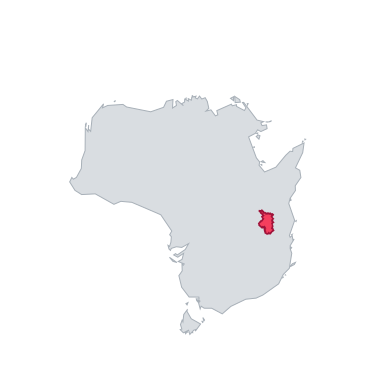 Barcaldine, Queensland, Australia (highlighted), rotated 40°
{"feature_id": "25037944B32668450975374", "entity_name": "Barcaldine", "entity_type": "district", "adm_level": 2, "iso_a3": "AUS", "parent_name": "Australia", "parent_adm1": "Queensland", "projection": "albers", "projection_center": [146.199, -23.052], "detail": "fine", "context": "in_parent", "style": "filled", "palette": "rose", "viewbox_px": 384, "rotation_deg": 40, "n_neighbors": 0, "source": "geoboundaries", "source_scale": "gbopen_adm2", "svg_char_len": 6719}
<svg xmlns="http://www.w3.org/2000/svg" viewBox="0 0 384 384"><g transform="rotate(40 192 192)"><path d="M251.5,90.7L255.7,107.0L260.6,106.1L266.1,110.9L267.1,120.9L270.3,124.4L271.2,133.8L273.5,138.6L288.9,147.8L294.6,162.8L296.3,163.6L296.7,161.0L300.0,163.8L300.5,162.4L301.7,170.0L303.6,172.3L307.8,174.8L315.6,187.9L314.9,196.4L317.4,206.7L312.5,225.4L309.3,232.1L302.1,239.6L295.3,254.6L293.5,265.9L281.8,268.4L276.0,273.2L272.4,273.6L273.4,276.3L267.7,272.3L268.5,271.4L268.2,270.4L267.1,270.4L265.3,272.1L263.9,271.1L266.2,269.4L264.8,268.1L257.3,274.3L245.3,271.6L235.7,264.5L235.2,258.7L230.6,253.6L232.4,253.7L232.3,252.1L226.1,254.1L227.7,250.0L225.0,244.4L223.0,251.1L218.4,252.0L219.0,249.8L221.2,249.6L223.8,240.4L222.6,233.7L219.8,241.0L215.2,244.0L212.4,248.5L213.0,250.6L211.1,250.5L207.9,248.3L209.8,248.1L208.1,244.0L204.9,239.5L202.4,239.1L201.6,234.9L182.7,229.5L152.5,238.6L143.5,244.9L140.1,251.6L119.1,255.6L109.1,264.9L101.4,266.0L91.8,262.9L90.6,258.1L92.9,258.4L94.1,255.1L92.1,245.1L86.9,238.3L83.5,229.0L69.0,211.4L73.5,212.6L69.8,207.1L72.2,210.3L75.4,210.7L67.8,199.3L67.6,181.3L69.3,185.1L71.8,179.9L82.8,169.3L87.3,168.9L108.8,157.1L115.8,145.4L114.1,138.9L118.0,133.4L123.1,140.2L124.5,135.7L121.5,133.2L122.0,131.3L129.9,131.4L127.3,131.0L128.5,127.9L126.7,125.5L130.8,124.6L129.1,122.9L132.5,122.1L130.9,119.5L133.5,116.0L133.9,117.8L136.3,117.2L136.1,113.7L139.7,114.5L141.5,111.3L145.5,112.8L151.1,117.1L150.7,121.1L153.7,116.9L161.0,118.6L162.2,116.3L158.7,113.7L165.7,99.4L167.4,100.1L170.0,96.5L171.1,97.8L179.8,95.9L179.2,92.8L173.1,91.0L174.0,90.1L195.6,95.1L201.6,92.1L200.3,94.8L203.0,96.1L205.9,92.7L208.8,95.2L205.9,101.4L202.3,102.2L202.8,106.4L199.9,113.4L219.4,124.5L224.5,125.5L226.2,128.4L234.7,130.0L240.3,119.1L240.2,103.6L240.9,97.7L243.1,96.3L241.3,93.7L246.3,82.4L251.5,90.7ZM264.1,286.4L272.9,289.6L283.4,287.6L284.0,296.5L283.3,294.9L282.2,296.7L281.9,302.5L278.2,300.1L275.9,305.4L271.4,305.0L272.3,303.5L268.4,301.0L266.8,296.5L268.5,297.3L264.4,291.1L264.1,286.4ZM163.2,91.3L169.2,90.6L171.3,92.1L167.6,95.8L163.2,91.3ZM216.7,256.5L225.8,255.7L222.0,257.4L216.7,256.5ZM207.9,105.2L209.3,108.5L205.5,108.2L206.0,105.8L207.9,105.2ZM315.1,186.4L315.0,182.5L316.5,179.4L317.0,181.7L315.1,186.4ZM281.0,281.2L283.9,282.0L284.0,283.2L281.0,281.2ZM162.6,92.3L165.1,95.3L161.3,95.5L162.6,92.3ZM260.8,281.7L259.1,281.4L260.0,279.3L260.8,281.7ZM228.9,122.6L227.2,123.7L225.4,124.4L226.2,122.4L228.9,122.6ZM68.8,210.5L67.1,209.0L66.6,207.3L66.8,207.2L68.8,210.5ZM283.4,284.4L284.5,285.3L282.3,284.5L283.4,284.4ZM302.9,170.6L304.2,170.6L304.1,172.3L302.9,170.6ZM271.6,133.6L273.2,134.6L272.9,135.2L271.6,133.6ZM278.1,303.3L278.3,304.7L277.2,304.2L278.1,303.3ZM316.7,197.9L316.7,200.0L316.7,197.9ZM178.6,89.6L177.5,88.8L178.1,88.2L178.6,89.6ZM206.9,87.5L205.6,89.2L207.1,86.2L206.9,87.5ZM317.1,195.4L316.4,196.0L316.9,195.3L317.1,195.4ZM211.1,117.7L210.3,118.1L210.7,117.3L211.1,117.7ZM204.9,105.3L203.9,105.6L204.4,104.5L204.9,105.3ZM74.7,171.1L74.7,172.5L74.2,172.5L74.7,171.1ZM244.5,81.7L244.5,82.8L244.0,82.0L244.5,81.7ZM267.2,270.9L267.4,271.6L267.1,271.4L267.2,270.9ZM205.2,89.7L203.3,91.0L205.2,89.4L205.2,89.7ZM130.8,117.9L130.2,118.8L130.5,117.8L130.8,117.9ZM278.8,302.2L278.2,302.5L278.5,302.0L278.8,302.2ZM228.3,126.7L227.2,126.7L227.7,126.0L228.3,126.7ZM127.7,124.4L127.2,124.9L127.1,123.9L127.7,124.4ZM283.0,299.3L282.2,299.7L282.5,298.9L283.0,299.3ZM245.1,78.6L245.0,79.4L244.4,79.0L245.1,78.6ZM266.7,271.8L267.5,272.5L266.2,272.3L266.7,271.8ZM290.7,147.8L290.0,147.8L290.3,146.9L290.7,147.8ZM296.1,160.8L295.7,160.8L296.0,160.1L296.1,160.8ZM264.4,285.3L264.2,285.9L264.0,285.2L264.4,285.3Z" fill="#d9dde1" stroke="#a8b0b8" stroke-width="1"/><path d="M255.8,163.4L256.7,163.5L256.8,163.5L257.5,163.0L257.6,163.4L257.9,163.7L258.0,163.6L258.7,163.7L258.8,163.6L259.4,163.7L259.3,163.9L259.8,163.9L259.8,163.7L261.3,163.9L261.3,163.7L261.4,164.1L261.8,164.1L261.7,164.3L262.0,164.3L262.0,164.5L261.9,164.8L261.8,165.0L261.7,165.1L261.6,165.3L261.5,165.5L261.4,165.7L261.3,165.8L261.3,166.0L262.5,166.4L263.8,166.5L263.7,167.2L264.0,167.2L264.0,167.9L264.1,168.8L263.9,168.8L263.8,169.5L263.8,170.1L263.4,170.0L263.3,171.2L263.6,171.3L263.3,172.9L263.4,173.3L264.0,173.4L263.9,173.4L263.9,173.5L263.7,173.6L263.8,173.6L264.0,173.7L264.3,173.8L264.5,173.8L264.6,174.0L264.8,174.2L264.8,174.3L265.7,174.4L265.8,174.3L265.8,174.2L267.4,174.4L267.4,174.2L268.1,174.3L268.3,174.3L268.7,174.4L268.7,173.9L268.5,173.4L269.1,173.4L269.2,172.9L269.5,172.9L269.6,172.0L270.2,172.1L270.3,172.1L270.7,172.1L270.7,172.7L270.7,173.4L271.0,173.4L271.2,173.2L271.4,173.1L271.9,173.1L271.8,174.3L271.7,174.3L271.8,174.4L272.6,174.4L272.6,174.7L272.6,175.0L273.5,175.1L273.4,175.3L273.5,175.4L273.4,175.4L273.4,175.5L273.5,175.5L273.8,175.8L274.0,175.9L274.2,176.0L274.3,176.1L274.4,176.3L274.5,176.3L274.7,176.2L274.8,176.2L275.0,176.1L275.3,176.0L275.3,175.9L275.5,175.9L275.5,176.0L275.8,176.1L276.0,176.1L276.1,175.9L276.3,175.9L276.5,175.7L276.8,175.5L276.8,175.3L276.8,175.2L276.9,174.9L277.0,174.8L277.0,174.7L277.0,174.4L277.1,174.5L277.1,174.4L277.3,174.4L277.5,174.3L277.5,174.2L277.8,174.1L278.0,174.0L278.2,173.9L278.3,174.0L278.5,173.9L278.4,173.8L278.4,173.7L278.5,173.6L278.4,173.4L278.5,173.4L278.4,173.2L278.4,172.9L278.6,172.9L278.7,172.7L278.8,172.7L278.8,172.4L278.8,172.2L278.8,171.9L278.7,171.8L278.6,171.7L278.6,171.4L278.6,171.2L278.6,170.9L278.6,170.7L278.7,170.4L278.7,170.2L278.8,170.2L279.0,170.2L279.1,169.9L279.1,169.7L278.9,169.6L279.0,169.4L279.0,169.2L279.1,168.9L278.4,168.8L278.3,168.7L277.8,168.5L277.8,168.3L277.2,168.2L276.9,168.6L276.4,168.5L276.4,168.4L276.5,168.4L276.6,168.2L276.6,167.9L276.5,167.6L276.4,167.5L276.2,167.5L276.1,167.4L276.0,167.2L275.9,167.0L276.0,166.9L276.0,166.7L275.9,166.6L275.9,166.4L275.6,166.2L275.4,166.1L275.2,165.9L275.1,165.7L274.9,165.6L274.7,165.6L274.5,165.4L274.4,165.3L274.4,165.2L274.4,164.9L274.5,164.9L273.5,164.7L273.7,163.3L273.8,163.3L273.9,162.9L273.7,162.9L273.6,163.0L273.4,163.1L273.2,162.9L272.9,162.9L272.7,163.0L272.7,162.7L271.7,162.6L271.8,161.9L271.3,161.8L271.4,161.1L271.4,160.8L271.5,160.3L271.4,160.3L271.2,160.2L270.2,160.1L269.5,159.9L268.8,159.8L268.9,159.0L268.6,159.0L268.6,158.8L268.7,157.5L268.9,157.5L268.9,157.2L268.0,157.1L268.0,157.4L267.3,157.4L267.2,158.4L266.2,158.3L266.2,158.1L265.6,158.0L265.5,158.8L265.1,158.8L265.1,159.1L264.3,159.0L264.2,159.9L263.3,159.8L263.3,160.2L263.0,160.2L262.9,161.0L262.8,160.9L262.3,160.9L261.3,160.8L260.9,161.5L260.7,161.7L260.7,161.8L260.5,162.0L260.2,162.0L260.1,161.7L259.2,161.6L259.3,161.1L258.3,161.1L257.2,161.0L257.1,161.8L256.3,162.5L255.6,163.0L255.8,163.4Z" fill="#f43f5e" stroke="#9f1239" stroke-width="1.5"/></g></svg>